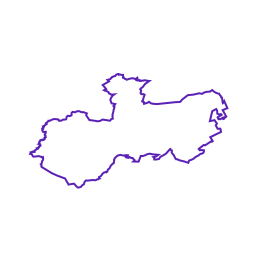 the district of Turlavas pag., Kuldigas, Latvia, rotated 339°
{"feature_id": "27541924B11045526003149", "entity_name": "Turlavas pag.", "entity_type": "district", "adm_level": 2, "iso_a3": "LVA", "parent_name": "Latvia", "parent_adm1": "Kuldigas", "projection": "natural_earth1", "projection_center": [21.723, 56.833], "detail": "fine", "context": "isolated", "style": "outline", "palette": "violet", "viewbox_px": 256, "rotation_deg": 339, "n_neighbors": 0, "source": "geoboundaries", "source_scale": "gbopen_adm2", "svg_char_len": 5695}
<svg xmlns="http://www.w3.org/2000/svg" viewBox="0 0 256 256"><g transform="rotate(339 128 128)"><path d="M221.9,153.2L220.7,152.8L220.6,152.4L223.1,152.6L223.8,152.4L222.8,145.2L227.9,145.1L227.5,137.5L226.7,138.4L225.5,138.8L225.6,137.7L226.6,133.5L226.0,132.9L226.3,132.1L225.5,129.9L225.4,128.7L224.5,128.2L222.5,126.4L221.3,124.8L220.2,122.7L217.7,123.4L213.9,122.3L211.4,122.2L209.5,122.7L206.9,121.1L201.2,120.3L195.6,118.8L188.6,120.9L186.2,122.3L184.6,121.9L181.6,120.9L163.8,116.1L160.5,114.6L158.1,113.1L157.1,111.1L155.2,111.4L151.6,111.2L151.6,110.9L152.2,109.8L152.0,109.3L151.6,108.9L150.9,108.6L150.8,108.0L151.1,107.8L151.7,107.7L153.7,104.9L155.4,103.1L154.8,102.0L153.2,101.5L152.5,101.1L152.2,99.8L153.2,98.7L153.7,97.8L153.2,96.4L153.3,96.1L154.1,95.7L156.8,94.9L159.5,93.1L164.7,91.7L163.8,91.3L161.6,89.9L160.3,89.3L159.8,89.2L159.5,89.3L157.8,88.7L157.1,88.8L156.5,88.4L155.8,88.3L155.5,87.8L156.9,87.7L155.6,87.3L155.1,87.4L154.9,87.1L154.2,87.1L154.1,86.9L153.6,86.9L153.0,86.3L153.1,86.2L153.4,85.8L153.6,85.5L154.4,84.8L154.7,84.8L154.7,84.4L152.3,85.0L151.2,83.8L150.4,83.5L149.6,82.9L148.8,82.9L146.5,82.5L144.1,82.5L143.3,81.3L142.7,81.0L142.1,79.8L141.3,79.3L141.4,78.9L142.1,78.3L142.1,77.3L142.4,76.6L140.8,76.0L138.6,74.3L138.4,74.2L138.2,74.6L137.9,74.0L137.6,73.9L136.1,74.0L135.4,74.4L134.8,74.9L133.1,74.6L132.7,74.8L131.6,74.6L131.0,75.1L130.1,75.2L129.7,75.7L128.6,76.0L126.1,75.7L127.0,77.7L119.8,78.8L121.6,83.8L119.2,84.1L120.0,85.0L121.2,85.8L122.4,87.2L122.7,87.6L122.6,89.0L123.7,89.8L124.3,90.9L127.2,91.7L125.4,92.2L123.1,93.7L121.6,95.3L121.5,99.1L124.7,101.1L123.9,101.7L122.3,102.3L122.9,103.6L122.4,104.0L122.0,104.6L122.0,105.0L121.0,105.9L120.4,107.2L118.3,110.0L118.2,110.8L117.6,111.7L117.2,113.8L115.6,113.7L114.0,114.7L113.7,114.7L107.3,111.0L104.5,111.4L101.8,110.8L100.4,109.8L94.8,106.7L93.5,101.1L94.8,99.6L91.9,97.1L91.0,97.0L89.5,95.9L88.5,94.8L86.2,94.1L84.3,94.4L82.0,93.1L80.7,93.7L80.0,95.7L79.4,96.0L77.8,96.0L76.4,95.0L74.8,95.5L73.5,97.6L73.3,97.7L72.1,97.5L70.4,96.9L68.5,97.2L67.0,96.9L66.0,96.3L66.2,95.4L65.8,94.9L62.2,93.1L60.8,93.1L59.8,92.9L58.3,93.3L56.6,92.8L56.6,93.1L56.3,93.2L54.9,93.4L54.1,93.9L53.2,94.1L53.3,94.4L53.1,94.6L53.6,94.9L53.5,95.2L53.2,95.3L52.2,95.2L52.0,95.5L51.3,95.6L50.9,95.9L49.3,95.9L49.3,96.1L49.7,96.2L49.8,96.6L49.0,96.9L49.3,97.3L48.7,97.9L48.2,98.0L48.5,98.3L48.4,98.5L47.6,98.5L47.7,99.0L47.2,99.3L47.3,99.9L47.2,100.4L47.4,101.3L48.0,101.8L49.3,101.8L49.7,102.0L49.2,102.5L49.5,102.7L49.2,103.1L49.1,103.6L48.6,103.8L47.7,104.6L47.8,105.3L48.1,105.5L48.2,106.0L47.9,106.5L47.9,107.1L46.9,107.5L46.8,107.3L46.9,107.0L46.5,107.1L46.3,107.5L46.6,108.1L46.5,108.3L45.8,108.7L45.3,108.6L44.9,108.8L44.6,108.5L43.6,108.7L43.3,108.3L43.3,108.1L42.2,108.3L42.0,108.0L41.8,108.0L41.1,108.5L40.8,109.2L40.0,109.3L39.7,109.8L39.8,110.0L39.7,110.4L39.7,110.8L39.3,110.9L39.5,111.0L39.3,111.3L39.5,111.7L39.9,111.7L40.2,111.9L40.1,112.3L39.8,112.4L39.9,113.1L39.3,113.2L39.1,113.0L38.9,113.1L39.1,113.4L38.7,113.6L38.1,113.5L37.9,113.7L37.8,114.1L37.5,114.0L37.3,114.2L37.2,114.2L36.6,114.2L36.9,114.5L36.6,115.0L35.9,114.9L35.8,114.6L35.4,114.7L35.2,115.1L33.0,115.5L32.8,115.8L32.6,115.9L32.8,116.0L32.3,116.8L32.0,116.5L31.7,116.7L31.4,116.7L31.1,116.4L31.0,116.1L30.7,116.1L30.4,115.8L30.2,116.0L29.6,116.0L29.4,116.3L29.0,116.2L28.8,115.9L28.6,116.0L28.6,116.3L28.3,116.5L28.9,116.6L28.4,116.8L28.3,116.7L28.3,117.0L28.5,117.0L28.1,117.3L28.5,117.4L28.9,118.9L29.0,119.8L29.4,120.9L34.4,122.2L36.6,123.7L36.8,124.4L38.2,124.6L37.9,126.1L37.2,127.3L35.9,128.2L34.5,130.4L33.6,130.6L33.9,131.5L33.8,132.2L33.3,132.8L33.3,133.1L33.4,133.4L40.7,142.9L45.8,148.0L46.8,148.7L47.9,149.8L51.2,152.6L51.6,155.8L51.9,157.1L52.2,159.5L57.6,160.6L58.0,161.5L58.2,161.9L58.7,163.6L59.8,165.6L60.7,165.9L62.9,166.1L65.4,164.8L66.4,164.9L66.9,164.4L68.0,162.9L69.9,161.9L71.9,162.8L76.9,164.0L78.1,164.9L79.5,165.1L80.6,164.9L81.5,165.2L82.1,165.1L82.5,164.6L83.3,164.8L83.1,164.4L83.4,163.4L85.3,163.2L86.6,162.5L87.7,161.6L88.8,161.3L89.4,161.0L90.5,161.1L91.0,161.0L91.8,161.1L92.0,161.6L93.2,161.2L93.7,160.2L94.6,159.5L96.1,159.2L98.3,157.1L100.8,155.9L102.1,155.7L102.6,155.1L102.6,154.7L103.5,153.1L103.8,152.9L103.7,152.6L104.6,151.6L105.2,151.3L107.5,150.3L108.5,150.0L108.9,150.2L110.6,150.2L111.2,150.3L113.2,151.7L114.6,152.3L116.6,152.7L118.1,153.4L117.8,153.7L117.8,153.8L115.5,154.1L115.7,154.8L118.0,156.1L118.9,155.6L120.1,156.7L120.2,157.1L121.6,157.7L121.9,159.0L122.3,159.7L122.6,160.3L122.1,160.7L121.0,161.2L125.8,163.2L129.9,158.7L131.9,159.5L134.4,159.6L136.6,159.4L138.7,159.7L139.2,159.8L141.6,161.4L146.7,163.9L143.6,164.7L141.3,164.2L141.6,164.8L141.5,165.8L141.3,166.7L141.7,166.7L142.5,167.4L142.9,167.5L146.0,168.0L147.4,166.8L148.1,166.5L152.2,166.0L154.4,165.5L159.6,162.8L159.9,162.8L159.7,163.3L160.4,164.4L160.9,164.7L160.0,166.7L160.3,167.9L161.0,169.6L160.9,169.9L161.1,170.2L161.2,172.4L161.6,174.3L163.2,175.1L163.8,176.1L168.8,179.6L171.8,182.1L173.1,180.6L173.6,180.3L175.3,180.4L178.2,180.2L180.0,179.5L181.8,179.1L183.7,179.0L184.9,178.5L186.3,178.2L188.5,178.4L189.4,178.2L190.0,177.6L190.7,176.7L190.9,176.0L188.2,174.7L187.0,174.5L186.5,172.9L192.6,171.0L193.8,171.8L200.6,170.3L201.1,170.8L202.4,170.6L201.6,166.0L213.4,165.0L213.6,163.7L214.0,162.6L213.8,161.6L213.1,161.5L211.4,160.8L210.9,157.0L212.6,155.7L211.6,151.7L206.9,150.9L212.7,142.5L217.1,141.9L217.4,144.0L216.5,146.6L217.6,147.7L219.2,148.4L219.7,148.3L220.1,149.3L215.6,150.1L215.7,150.6L215.5,151.4L215.7,152.2L216.4,152.3L217.4,152.9L218.4,152.6L218.9,152.6L219.1,152.8L219.3,152.8L220.4,153.9L220.9,153.8L221.3,153.4L221.9,153.2Z" fill="none" stroke="#5b21b6" stroke-width="2"/></g></svg>